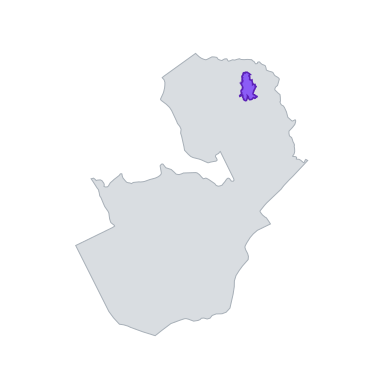 Chinsali, Muchinga, Zambia (highlighted), rotated 334°
{"feature_id": "96606910B49575738019753", "entity_name": "Chinsali", "entity_type": "district", "adm_level": 2, "iso_a3": "ZMB", "parent_name": "Zambia", "parent_adm1": "Muchinga", "projection": "robinson", "projection_center": [32.159, -10.298], "detail": "fine", "context": "in_parent", "style": "filled", "palette": "violet", "viewbox_px": 384, "rotation_deg": 334, "n_neighbors": 0, "source": "geoboundaries", "source_scale": "gbopen_adm2", "svg_char_len": 7876}
<svg xmlns="http://www.w3.org/2000/svg" viewBox="0 0 384 384"><g transform="rotate(334 192 192)"><path d="M248.5,255.1L233.9,255.1L228.7,256.5L224.3,258.4L219.1,261.6L216.2,263.7L215.3,264.9L214.9,267.6L215.0,271.7L214.5,274.6L212.9,277.3L205.0,280.6L199.9,283.3L194.9,286.4L191.1,290.5L188.5,295.6L184.2,301.8L175.2,313.0L170.0,315.0L165.6,314.6L160.3,312.2L156.0,311.8L152.9,313.3L150.0,312.8L147.4,310.5L145.1,309.6L143.4,310.2L141.1,310.1L136.9,308.8L133.2,304.9L131.2,303.2L129.7,302.6L125.3,302.0L115.4,301.0L105.0,303.0L95.9,305.0L86.6,296.2L77.5,286.8L75.6,284.4L72.2,281.3L69.8,279.7L68.8,279.0L66.3,270.6L64.9,262.9L64.0,189.1L104.9,189.1L107.5,188.8L107.6,188.0L105.7,184.0L105.8,182.6L106.2,180.0L108.0,174.6L108.1,172.8L107.2,167.0L107.3,163.8L107.7,157.2L107.4,155.0L108.3,152.0L108.6,150.1L109.0,149.2L108.5,147.0L107.6,139.2L107.1,135.9L109.6,136.4L110.4,138.0L110.9,139.7L112.0,139.8L114.9,140.9L116.0,142.3L116.6,145.5L116.3,147.1L115.3,148.4L116.3,149.5L118.2,150.3L119.4,150.0L122.6,147.9L125.7,147.1L127.2,146.6L133.9,145.2L135.3,144.4L136.2,144.4L136.9,145.0L136.3,147.2L136.1,149.2L137.0,152.9L137.6,154.7L139.0,155.9L140.1,156.6L141.2,157.9L143.5,157.7L148.7,159.6L150.3,160.5L152.5,161.3L154.0,161.7L159.4,162.3L165.0,163.4L167.9,163.5L170.0,163.2L171.5,162.7L172.3,162.1L172.8,161.5L174.8,154.5L175.9,153.9L177.3,153.6L178.1,154.2L179.1,158.7L183.2,162.7L184.6,166.1L185.6,169.0L186.5,169.7L188.0,170.7L190.5,171.1L192.7,171.2L203.7,176.1L204.9,177.0L206.3,179.6L207.1,182.6L207.9,185.0L209.4,185.4L210.6,185.6L211.9,187.2L212.8,188.6L216.1,194.4L216.6,196.7L218.1,198.3L220.3,198.9L222.2,199.0L223.4,198.3L226.2,197.1L228.4,195.8L229.9,195.3L230.9,195.6L231.6,196.5L232.1,199.4L233.6,200.4L234.8,200.0L235.2,198.9L235.3,198.3L235.2,168.0L234.2,168.2L232.9,169.0L230.0,169.1L228.9,169.8L228.5,170.7L228.8,172.0L228.8,173.7L228.4,174.5L227.1,174.8L225.3,174.2L221.9,173.3L219.2,172.8L217.2,170.5L214.4,167.1L212.7,165.4L208.4,161.8L207.7,161.1L206.4,159.4L205.2,156.5L204.2,153.2L203.6,151.2L204.6,147.9L207.1,137.4L207.6,134.1L209.7,130.8L209.8,127.8L209.0,124.0L209.2,121.9L209.4,109.9L208.9,106.1L207.4,101.9L204.4,96.0L204.4,94.7L209.1,90.9L210.5,89.5L213.0,86.4L214.6,83.8L215.7,81.6L216.1,78.9L215.3,76.2L216.9,75.7L256.0,69.0L256.6,70.8L257.8,73.8L259.1,76.0L260.8,77.9L262.2,79.1L263.2,79.4L269.2,79.3L271.4,80.5L273.3,81.9L273.7,84.2L275.0,85.7L276.3,86.8L276.9,87.0L277.9,86.7L279.5,86.7L281.0,87.2L281.7,87.7L281.8,89.6L282.2,90.5L284.3,90.8L286.3,90.9L288.3,92.2L290.5,92.5L293.0,93.0L294.2,94.4L296.9,95.9L300.1,97.2L303.7,99.3L303.8,100.0L304.4,101.2L305.0,102.1L305.1,103.4L305.4,104.7L306.3,105.0L307.1,105.1L307.8,104.2L308.7,104.2L309.8,104.8L310.1,106.2L311.0,108.1L312.3,109.4L313.2,110.7L312.9,112.9L312.3,115.0L314.1,117.1L316.4,119.1L317.1,120.0L317.3,122.9L317.6,123.9L319.2,126.3L320.0,127.9L319.9,128.9L315.6,133.7L313.0,134.4L311.9,135.4L311.2,136.4L312.9,141.2L313.8,143.0L313.0,145.3L311.3,149.2L310.5,149.5L310.4,152.5L310.9,153.5L311.7,154.4L312.1,156.3L312.0,161.3L310.9,166.9L312.9,171.8L313.5,172.3L316.2,172.3L316.6,172.8L316.0,174.2L314.1,176.3L310.7,178.0L305.9,179.8L304.9,181.6L304.2,184.2L304.8,185.7L305.4,186.6L305.2,188.8L304.8,191.2L304.9,193.0L304.7,194.7L304.0,195.5L303.2,198.0L302.1,200.5L301.3,201.6L300.1,202.8L298.2,203.8L298.2,204.3L300.4,205.5L301.0,206.3L301.2,206.8L300.2,208.1L301.2,208.8L302.5,209.5L303.6,211.1L305.0,214.3L305.2,214.6L305.6,214.6L306.3,214.3L307.6,213.0L308.6,212.6L309.8,214.4L289.5,222.1L284.7,223.7L277.6,226.4L275.3,227.5L273.4,228.5L254.5,234.5L251.5,235.7L244.9,238.8L244.6,239.3L244.7,240.7L245.3,243.6L246.5,246.3L247.5,247.8L248.1,251.7L248.5,255.1Z" fill="#d9dde1" stroke="#a8b0b8" stroke-width="1"/><path d="M295.9,125.3L295.8,125.1L295.7,124.8L295.3,124.8L295.2,124.9L295.1,124.7L295.8,123.0L295.4,122.9L295.4,123.2L295.2,123.1L294.8,122.4L294.7,122.0L294.5,121.8L294.4,121.9L293.5,122.1L293.7,121.7L293.8,121.3L293.8,121.2L294.1,120.9L294.4,120.1L294.4,119.8L294.4,119.4L294.5,119.1L294.6,118.9L294.7,118.7L294.7,118.3L294.9,118.0L295.0,117.7L294.6,117.8L294.5,117.6L294.3,117.7L293.9,117.1L293.6,116.9L293.5,116.5L293.2,116.3L293.4,115.9L293.3,115.7L293.6,115.5L293.8,115.3L293.8,115.0L293.9,114.5L294.4,114.1L294.3,113.3L294.0,112.9L294.1,112.6L294.2,112.4L294.6,112.2L294.8,112.0L295.0,112.2L295.2,111.7L295.6,111.6L295.8,111.7L295.6,111.2L295.5,110.8L295.3,110.7L295.2,110.4L295.1,110.2L294.8,109.8L294.7,109.7L294.6,109.4L294.4,109.2L294.0,108.8L294.0,108.5L293.7,108.5L293.6,108.4L293.4,108.2L293.2,108.1L293.0,107.9L292.9,107.9L292.7,107.9L292.6,108.0L292.6,107.9L292.3,107.8L292.1,108.0L291.9,108.0L291.9,107.9L291.6,107.9L291.4,107.8L291.3,107.7L291.2,107.8L291.0,107.7L291.0,107.8L290.9,107.8L290.7,107.7L290.7,107.8L290.5,107.7L290.4,107.9L290.2,107.9L290.1,108.0L290.0,108.3L289.9,108.3L290.0,108.5L289.9,108.6L289.7,108.7L289.5,108.8L289.1,108.9L289.0,109.2L288.9,109.2L288.7,109.3L288.4,109.4L288.4,109.5L288.2,109.5L287.9,109.7L288.0,109.8L287.9,110.0L287.7,110.1L287.5,110.3L287.5,110.5L287.4,110.4L287.3,110.5L287.4,110.8L287.2,111.0L287.3,111.4L287.4,111.5L287.2,111.6L287.1,111.8L287.0,112.0L286.9,112.0L286.9,112.3L286.7,112.4L286.4,112.6L286.3,112.9L286.5,113.1L286.6,113.4L286.6,113.5L286.4,113.4L286.3,113.7L286.1,113.7L286.2,114.0L286.3,114.2L286.2,114.5L285.9,114.5L285.7,114.6L285.7,114.8L285.4,114.9L285.5,115.1L285.4,115.1L285.0,115.3L284.9,115.2L284.7,115.2L284.5,115.3L284.3,115.2L284.3,115.5L284.3,115.8L284.2,115.9L284.2,116.0L283.9,116.1L283.7,116.0L283.8,116.2L283.8,116.3L283.7,116.4L283.5,116.5L283.5,116.8L283.4,117.0L283.4,117.3L283.5,117.5L283.7,118.2L283.7,118.3L283.7,118.2L283.6,118.3L283.6,118.5L283.7,118.8L283.5,119.7L283.5,119.8L283.6,120.0L283.3,120.1L283.2,120.2L283.2,120.3L283.0,120.5L283.1,120.8L282.9,120.9L282.8,121.1L282.8,121.4L282.6,121.7L282.0,121.8L281.9,121.8L281.8,121.7L281.7,121.8L281.3,122.0L281.2,122.2L280.9,122.1L280.7,122.4L280.4,122.5L280.3,122.8L280.1,123.2L280.1,123.3L280.0,123.7L279.9,124.0L280.1,124.5L279.9,124.8L280.0,124.9L279.8,125.0L279.7,125.1L279.8,125.2L279.7,125.4L279.5,125.5L279.4,125.7L279.3,125.8L279.0,125.7L278.9,125.7L278.9,125.8L278.7,125.8L278.4,126.0L278.4,125.9L278.1,125.9L277.9,125.9L277.8,126.0L277.7,126.1L277.4,126.4L277.1,126.4L277.1,126.5L276.9,126.7L276.9,126.8L277.0,126.8L276.9,126.9L276.9,127.1L277.0,127.1L277.2,126.9L277.6,127.1L277.9,127.2L278.2,127.2L279.1,127.2L279.5,127.0L279.8,126.9L280.0,127.0L279.9,127.6L279.7,128.0L279.5,128.6L279.1,129.1L279.3,130.7L279.4,131.2L279.3,131.4L278.9,131.6L279.4,132.5L279.7,133.0L280.0,133.4L280.6,133.4L281.0,133.6L281.1,133.4L281.3,133.4L281.7,132.9L281.8,132.9L281.9,132.7L282.1,132.6L282.3,132.3L282.7,132.1L283.1,131.9L283.1,131.7L283.3,131.5L283.4,131.4L283.5,131.1L283.4,131.0L283.7,130.8L283.7,130.5L283.9,130.1L284.0,129.8L284.4,131.1L284.3,131.4L284.0,132.4L284.1,133.8L284.2,134.2L284.5,134.5L285.0,134.6L285.5,134.7L285.9,134.9L286.3,134.8L286.5,134.9L286.8,134.8L287.1,134.8L287.4,134.6L287.6,134.5L287.9,134.3L288.1,134.2L288.2,134.3L288.4,134.2L288.9,134.1L289.0,134.2L288.9,134.4L289.1,134.7L289.2,135.0L289.3,135.1L289.4,135.3L289.5,135.3L289.9,135.4L290.0,135.3L290.3,135.3L290.4,135.2L290.7,135.1L290.8,135.0L291.0,135.0L291.3,135.0L291.5,134.9L291.6,135.0L291.8,134.9L291.9,135.0L292.3,134.9L292.3,134.6L292.2,134.6L292.1,134.4L292.0,134.1L291.8,134.1L291.5,133.9L291.3,133.5L291.3,133.2L291.1,133.0L291.0,132.8L291.0,132.4L290.9,132.0L290.3,131.8L290.0,131.5L289.8,130.6L290.0,130.2L290.6,129.5L290.8,129.4L291.1,129.1L291.3,128.8L291.3,128.7L291.6,128.5L292.0,128.3L291.9,128.0L292.0,127.9L292.6,127.6L292.7,127.4L292.9,127.3L293.0,127.2L293.4,126.9L293.6,126.9L293.9,126.6L294.0,126.7L294.2,126.4L294.3,126.3L294.2,126.3L294.6,126.0L294.7,125.8L295.0,125.6L295.4,125.5L295.4,125.3L295.5,125.3L295.7,125.5L295.8,125.4L295.9,125.3Z" fill="#8b5cf6" stroke="#5b21b6" stroke-width="1.5"/></g></svg>